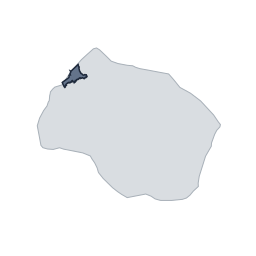 Siloe, Mohale's Hoek, Lesotho shown in context, rotated 69°
{"feature_id": "5366337B49038686470651", "entity_name": "Siloe", "entity_type": "district", "adm_level": 2, "iso_a3": "LSO", "parent_name": "Lesotho", "parent_adm1": "Mohale's Hoek", "projection": "mercator", "projection_center": [27.347, -29.998], "detail": "medium", "context": "in_parent", "style": "filled", "palette": "slate", "viewbox_px": 256, "rotation_deg": 69, "n_neighbors": 0, "source": "geoboundaries", "source_scale": "gbopen_adm2", "svg_char_len": 2585}
<svg xmlns="http://www.w3.org/2000/svg" viewBox="0 0 256 256"><g transform="rotate(69 128 128)"><path d="M166.1,169.3L159.4,171.4L158.5,171.5L154.2,171.1L148.6,171.6L144.1,172.7L140.6,173.2L135.0,179.2L124.7,195.6L121.9,199.0L121.2,205.5L118.8,210.6L115.9,214.5L113.0,215.5L104.4,213.9L93.4,211.9L87.0,206.9L81.4,200.4L78.4,195.7L75.2,193.1L74.2,191.7L69.7,189.5L68.0,188.3L66.5,187.5L64.7,184.4L63.6,181.7L64.1,174.1L60.9,169.6L55.5,161.9L52.1,155.6L47.5,147.0L44.6,139.6L41.7,132.0L42.0,128.7L44.9,126.5L53.1,122.6L59.6,119.7L64.2,114.3L69.2,106.2L71.6,101.3L74.1,99.1L76.8,95.7L81.4,88.1L86.6,79.7L92.1,70.7L99.1,68.1L108.7,65.0L117.9,57.2L128.8,50.5L146.5,43.4L154.7,41.5L157.9,40.5L159.9,41.8L162.0,46.0L165.0,49.4L171.9,55.4L174.9,56.8L182.1,65.7L189.8,71.8L198.6,78.8L204.7,82.3L207.8,83.3L210.3,89.6L212.9,94.2L214.3,98.5L214.1,102.8L211.3,113.1L207.2,123.7L203.9,128.1L199.9,130.9L196.0,135.1L194.5,143.6L192.7,153.7L187.6,157.8L183.7,160.5L178.2,163.8L166.1,169.3Z" fill="#d9dde1" stroke="#a8b0b8" stroke-width="1"/><path d="M66.4,161.8L66.2,161.2L65.9,161.1L66.0,160.8L65.3,160.7L65.2,160.3L65.0,160.2L65.4,159.7L65.2,159.6L65.2,159.8L65.1,159.6L64.9,159.5L65.0,159.2L64.8,159.0L64.8,158.7L64.6,158.6L64.7,158.4L64.7,158.2L64.4,158.2L64.4,157.5L64.5,157.5L64.5,157.1L64.7,156.9L64.5,156.7L64.1,156.0L64.2,155.6L64.3,155.6L64.4,155.3L64.7,155.1L64.5,154.8L64.2,154.8L64.4,154.5L64.3,154.3L64.5,154.2L64.9,153.6L64.9,153.3L64.7,153.3L64.7,153.2L64.8,152.9L64.7,152.7L64.8,152.3L65.1,152.2L65.3,152.0L65.7,151.7L65.8,151.1L66.1,151.1L65.9,150.7L65.6,150.0L65.8,149.6L65.7,149.5L65.9,149.4L65.8,149.1L65.7,148.8L65.4,148.6L65.5,148.2L65.0,147.7L64.6,148.0L63.4,147.9L63.3,148.4L62.7,149.0L62.6,149.5L62.9,150.3L62.5,151.0L61.3,151.4L60.3,152.3L59.9,152.5L59.6,152.3L58.9,152.6L58.5,152.5L57.6,152.8L54.2,152.3L53.8,151.8L53.6,151.8L53.0,151.8L51.9,152.2L51.3,151.8L50.8,151.8L54.3,160.3L54.4,161.0L54.0,161.4L55.2,161.3L56.5,162.7L57.8,162.8L57.5,163.4L57.7,164.2L59.4,164.8L59.8,165.3L61.7,172.4L62.0,173.1L66.5,172.8L67.5,172.4L67.4,172.2L67.1,172.4L66.8,172.1L66.5,171.8L66.6,171.6L66.3,171.4L66.4,171.1L66.0,170.8L66.0,170.5L65.8,170.6L65.7,170.5L65.4,170.7L65.1,170.3L64.8,169.6L64.8,169.4L64.5,168.9L64.6,168.5L64.2,167.9L64.4,167.3L64.2,167.2L64.2,166.9L64.7,166.8L64.6,166.6L64.8,166.2L64.7,166.0L65.0,165.7L64.8,165.4L64.9,164.8L64.7,164.6L64.7,164.4L64.5,164.5L64.5,164.3L64.4,163.9L64.2,163.8L64.1,163.6L63.9,163.6L63.8,163.4L63.7,163.0L64.4,162.6L65.2,162.7L65.3,162.4L66.1,161.9L66.1,161.7L66.4,161.8Z" fill="#64748b" stroke="#1e293b" stroke-width="1.5"/></g></svg>